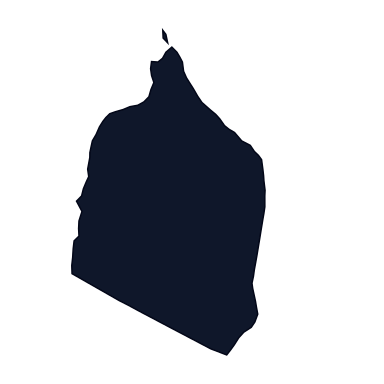 Abaiara, Ceará, Brazil (Albers equal-area conic projection), rotated 25°
{"feature_id": "56859067B4829762701290", "entity_name": "Abaiara", "entity_type": "district", "adm_level": 2, "iso_a3": "BRA", "parent_name": "Brazil", "parent_adm1": "Ceará", "projection": "albers", "projection_center": [-39.042, -7.344], "detail": "fine", "context": "isolated", "style": "filled", "palette": "ink", "viewbox_px": 384, "rotation_deg": 25, "n_neighbors": 0, "source": "geoboundaries", "source_scale": "gbopen_adm2", "svg_char_len": 1322}
<svg xmlns="http://www.w3.org/2000/svg" viewBox="0 0 384 384"><g transform="rotate(25 192 192)"><path d="M292.3,325.0L293.7,318.9L294.9,312.6L296.0,304.2L298.2,297.1L302.9,289.6L303.9,283.2L303.2,274.9L299.2,269.3L295.7,264.2L291.9,259.2L287.8,253.8L284.9,249.3L283.3,242.4L281.4,236.3L279.5,229.0L277.6,221.9L274.5,210.8L272.8,204.7L271.0,198.4L269.3,192.3L267.8,187.0L266.3,181.4L264.3,174.7L259.6,164.7L257.5,159.6L252.4,151.4L250.0,147.0L246.7,141.6L241.4,133.3L236.7,130.7L231.4,128.9L225.1,125.1L215.5,124.7L205.4,120.1L199.0,119.5L193.4,118.1L186.3,114.0L180.6,111.6L174.4,110.0L163.2,106.7L156.8,102.9L149.4,97.7L143.9,94.2L138.8,90.9L133.4,86.2L128.4,78.3L124.1,75.0L119.3,71.7L112.5,69.2L109.3,76.3L108.8,83.3L106.2,88.6L100.2,90.9L102.4,97.8L106.2,103.6L111.2,108.9L111.5,116.5L112.7,123.9L110.3,130.7L106.2,136.3L99.7,140.9L94.7,146.4L88.6,151.7L84.4,155.8L82.5,160.9L81.4,165.6L80.6,172.1L80.8,180.4L80.1,187.7L81.4,193.5L82.8,199.4L84.8,203.9L87.8,215.4L91.9,221.7L91.9,227.5L92.2,235.0L93.6,242.2L91.2,249.1L100.5,256.1L101.8,266.0L104.7,273.1L108.2,279.7L105.8,286.1L108.3,293.6L111.5,301.7L114.1,309.4L117.8,316.7L172.3,321.2L181.6,321.5L194.9,322.3L231.4,324.1L275.3,326.2L292.3,325.0ZM106.9,67.1L101.7,60.2L97.2,57.8L100.8,64.7L106.9,67.1Z" fill="#0f172a" stroke="#020617" stroke-width="1.5"/></g></svg>